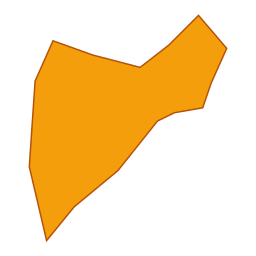 outline of Saint Patrick
{"feature_id": "VCT-5068", "entity_name": "Saint Patrick", "entity_type": "Parish", "adm_level": 1, "iso_a3": "VCT", "parent_name": "Saint Vincent and the Grenadines", "parent_adm1": "", "projection": "natural_earth1", "projection_center": [-61.236, 13.231], "detail": "fine", "context": "isolated", "style": "filled", "palette": "amber", "viewbox_px": 256, "rotation_deg": 0, "n_neighbors": 0, "source": "natural_earth", "source_scale": "10m", "svg_char_len": 309}
<svg xmlns="http://www.w3.org/2000/svg" viewBox="0 0 256 256"><path d="M46.6,240.6L29.3,166.7L35.1,81.1L53.0,40.8L92.6,55.0L140.1,67.4L168.8,45.1L198.5,15.4L226.7,48.4L211.2,83.0L202.7,107.8L174.5,112.7L157.5,121.0L118.0,170.5L74.2,206.8L46.6,240.6Z" fill="#f59e0b" stroke="#b45309" stroke-width="1.5"/></svg>